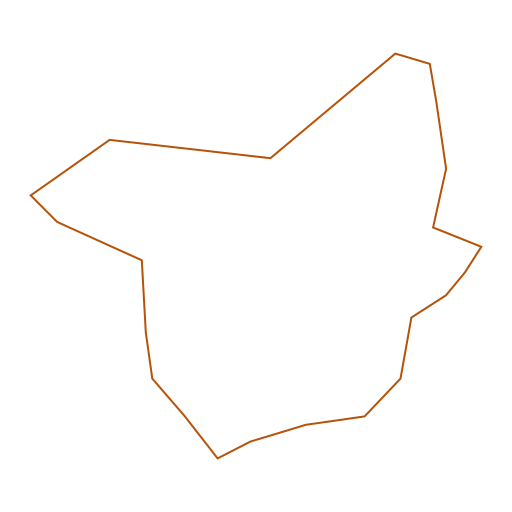 SVG path tracing the border of Daugavpils
{"feature_id": "LVA-4850", "entity_name": "Daugavpils", "entity_type": "Republican City", "adm_level": 1, "iso_a3": "LVA", "parent_name": "Latvia", "parent_adm1": "", "projection": "natural_earth1", "projection_center": [26.555, 55.894], "detail": "fine", "context": "isolated", "style": "outline", "palette": "amber", "viewbox_px": 512, "rotation_deg": 0, "n_neighbors": 0, "source": "natural_earth", "source_scale": "10m", "svg_char_len": 398}
<svg xmlns="http://www.w3.org/2000/svg" viewBox="0 0 512 512"><path d="M395.3,53.6L429.8,63.9L436.3,101.7L446.1,168.8L433.1,227.5L481.3,246.8L465.0,272.3L446.0,295.3L411.4,317.5L400.5,378.6L364.6,416.4L305.8,424.8L250.3,441.6L217.6,458.4L184.9,416.4L152.3,378.6L145.8,332.5L141.8,260.3L57.2,222.0L30.7,195.4L109.6,139.9L270.4,158.2L395.3,53.6Z" fill="none" stroke="#b45309" stroke-width="2"/></svg>